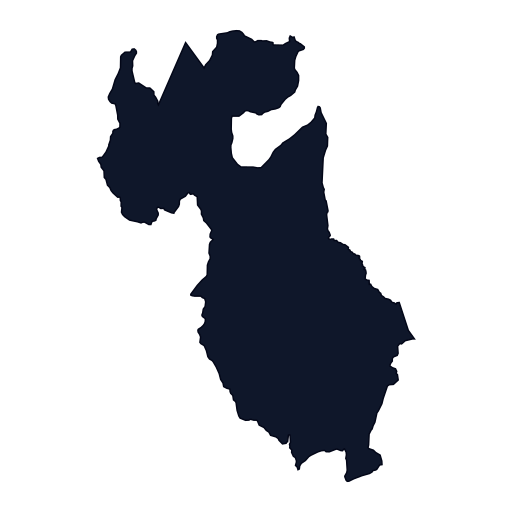 the district of San Ramon, Alajuela, Costa Rica
{"feature_id": "36466004B75539048151546", "entity_name": "San Ramon", "entity_type": "district", "adm_level": 2, "iso_a3": "CRI", "parent_name": "Costa Rica", "parent_adm1": "Alajuela", "projection": "robinson", "projection_center": [-84.596, 10.217], "detail": "fine", "context": "isolated", "style": "filled", "palette": "ink", "viewbox_px": 512, "rotation_deg": 0, "n_neighbors": 0, "source": "geoboundaries", "source_scale": "gbopen_adm2", "svg_char_len": 6035}
<svg xmlns="http://www.w3.org/2000/svg" viewBox="0 0 512 512"><path d="M399.2,302.5L396.9,302.8L396.2,303.9L395.4,303.9L394.5,303.0L391.9,302.3L390.5,300.2L388.5,299.2L384.9,298.4L383.7,297.0L381.4,295.5L380.7,293.3L379.3,292.3L377.7,289.5L374.1,288.4L371.8,286.5L370.6,284.2L369.3,284.4L369.1,280.4L366.8,280.1L365.1,278.8L365.5,275.0L366.1,273.3L365.9,271.5L365.5,269.9L364.1,269.5L364.1,269.0L364.9,268.3L364.9,267.6L363.9,267.4L363.6,266.5L362.3,265.9L362.6,265.0L362.0,263.5L362.3,261.4L360.5,260.4L360.2,259.3L359.0,258.2L359.1,257.4L359.7,257.1L359.4,256.0L358.3,255.5L355.7,255.2L354.7,253.9L353.5,254.0L352.3,252.3L350.5,251.5L349.9,250.1L348.2,249.2L348.4,247.3L344.9,244.7L343.2,244.6L340.4,242.7L338.2,242.4L336.6,240.5L334.3,240.6L333.6,239.0L331.4,239.0L330.3,239.5L328.5,238.6L328.5,237.6L330.2,235.6L330.2,235.1L329.1,232.2L327.9,230.6L327.4,228.8L327.9,225.6L326.6,214.7L327.1,212.3L327.8,211.9L328.0,210.7L326.1,200.9L325.2,200.1L323.7,192.2L324.2,189.3L323.3,187.6L322.0,182.9L323.2,157.8L325.5,150.2L327.4,146.0L327.7,137.4L325.8,134.1L326.3,123.4L321.1,112.7L320.2,107.9L319.4,106.8L318.1,106.5L317.5,107.6L316.4,111.9L315.1,115.2L314.8,117.9L311.1,122.3L307.6,125.1L302.5,127.2L294.7,134.8L289.4,139.0L282.9,142.9L281.0,145.3L275.4,149.4L273.2,152.3L270.9,157.0L269.0,159.7L261.1,167.7L257.6,167.9L253.2,167.1L241.0,167.0L237.4,164.3L232.3,157.7L231.3,153.3L230.8,147.4L230.9,144.9L231.8,142.8L232.8,138.5L232.8,136.0L231.6,132.4L231.2,129.2L231.4,118.3L232.1,116.1L239.0,116.1L243.6,112.6L244.7,111.2L246.1,110.6L248.3,110.7L250.3,111.7L255.9,112.9L256.8,113.9L258.8,114.8L261.7,114.6L262.6,113.5L264.6,112.1L267.9,111.3L271.1,109.6L275.3,108.9L278.7,107.7L280.1,106.6L280.9,104.5L285.2,99.2L287.8,97.0L290.7,95.4L294.7,92.0L295.3,89.9L297.5,86.2L298.6,80.5L298.6,75.5L297.0,72.3L294.9,69.7L294.3,68.2L294.7,60.3L295.8,56.5L298.1,51.5L298.9,50.9L303.3,49.4L304.3,48.2L304.3,46.9L300.3,43.7L299.3,43.5L298.4,42.5L296.0,41.4L295.0,39.9L294.1,37.0L292.6,37.4L290.2,36.0L289.3,38.1L289.6,41.6L285.4,43.6L283.1,45.2L273.4,45.0L273.0,44.5L273.0,42.8L272.4,42.4L269.9,42.0L266.6,40.8L262.5,41.0L261.2,40.6L257.8,40.6L255.6,41.8L254.3,42.0L251.6,39.3L244.3,35.8L243.7,34.5L241.9,32.4L239.4,30.9L236.4,30.7L232.5,31.1L229.6,31.8L227.5,32.8L218.8,34.1L217.6,34.7L216.7,36.6L216.7,38.3L217.5,39.9L217.5,43.3L216.7,47.2L212.7,51.6L212.4,55.1L210.5,58.9L209.6,60.6L205.7,64.8L204.1,68.0L185.6,42.6L158.4,105.0L157.7,103.9L157.8,101.3L155.6,97.2L153.9,95.1L153.8,91.7L150.3,88.4L149.8,88.0L146.3,88.0L138.7,83.0L135.5,83.5L134.7,82.4L132.0,71.0L132.0,68.4L132.7,65.9L132.5,60.7L134.8,55.6L136.4,53.2L136.4,51.6L135.7,50.2L134.2,48.9L132.2,49.2L130.5,52.1L125.0,52.2L121.4,55.3L120.7,56.8L120.5,67.8L118.3,73.5L115.2,79.6L112.4,89.1L109.8,93.5L108.3,97.0L108.6,99.3L110.1,101.6L111.7,103.1L115.1,103.8L115.9,105.7L117.7,115.1L117.8,119.1L120.0,123.3L119.9,127.1L119.1,128.0L116.5,129.3L114.5,129.6L113.5,130.2L112.9,131.4L112.9,133.3L110.6,136.6L110.4,140.2L108.8,144.8L108.8,146.0L106.0,152.1L102.5,156.9L101.7,157.4L99.6,157.4L97.6,158.4L98.7,161.3L100.9,164.4L101.2,167.2L104.0,170.8L104.3,177.5L106.0,179.4L107.5,185.2L109.8,187.5L111.1,190.5L113.0,192.9L117.7,197.2L119.7,197.1L120.2,197.6L120.4,200.6L121.2,201.8L121.1,206.2L122.0,207.4L121.5,212.2L122.6,214.5L124.7,216.7L129.6,220.1L137.6,221.8L141.0,222.9L142.7,222.2L144.5,222.1L148.8,224.5L150.9,224.5L151.6,222.4L152.4,221.3L154.5,220.9L155.8,220.3L156.2,218.6L158.2,215.0L158.2,213.1L156.7,209.8L156.7,208.7L157.5,207.3L158.6,207.2L160.8,208.5L163.8,208.3L164.5,209.8L165.3,210.2L171.5,212.8L173.8,213.2L173.8,212.8L178.5,206.5L179.3,204.2L179.4,200.9L180.3,199.1L185.4,196.2L187.9,192.9L189.5,192.6L189.9,193.8L190.5,194.3L193.4,193.8L194.5,195.1L197.2,196.7L197.6,205.0L201.1,209.7L201.5,211.7L201.4,214.1L203.3,217.8L203.8,220.6L206.4,222.9L211.7,229.8L211.7,230.6L210.2,234.1L210.0,236.9L210.6,237.8L213.0,239.2L213.0,239.7L210.3,242.3L209.5,244.5L209.0,253.1L210.2,256.1L210.2,258.7L208.5,261.8L207.4,265.2L207.2,274.9L206.3,276.5L202.2,280.0L197.3,285.4L190.8,294.2L190.8,295.1L192.1,295.7L194.6,296.1L200.8,296.1L202.4,297.6L204.7,298.5L205.7,301.8L205.1,306.6L203.3,309.1L202.7,313.0L202.0,314.7L202.0,315.7L202.6,316.6L205.3,318.6L205.3,321.3L204.6,323.5L203.3,325.4L201.1,327.5L198.4,329.2L197.9,330.1L198.1,332.0L199.7,334.5L200.6,337.0L199.9,342.3L200.9,343.6L204.2,345.6L206.4,350.6L207.9,356.7L209.5,359.0L212.0,360.4L213.1,361.6L216.2,366.9L219.2,373.6L220.7,379.5L223.0,383.0L223.7,386.6L226.7,388.2L229.9,389.1L230.1,391.6L230.8,393.4L232.8,395.4L233.5,399.9L235.5,401.5L236.1,402.8L237.1,410.4L238.8,415.9L240.1,418.1L245.5,420.3L249.0,420.1L249.9,419.4L251.0,419.4L253.9,420.2L256.4,420.2L257.4,420.7L259.2,425.1L264.0,427.5L266.3,430.4L268.9,432.1L270.6,435.3L276.0,436.9L278.2,438.5L279.0,440.3L282.5,443.9L286.1,443.3L286.4,442.2L287.6,441.8L288.4,435.1L289.5,434.8L290.0,435.1L290.5,442.3L289.5,444.3L289.9,446.2L289.7,447.8L291.8,450.0L291.6,452.4L293.4,456.3L295.3,457.5L296.4,460.7L296.4,462.2L295.5,465.4L297.2,467.1L298.0,469.7L299.3,469.0L299.7,465.9L301.3,463.3L305.4,460.5L308.8,456.6L310.8,455.3L317.8,451.9L321.5,450.7L324.6,450.4L326.1,451.7L329.3,451.8L336.2,449.1L337.4,449.2L340.9,450.6L342.6,450.7L343.5,449.3L344.5,448.9L346.2,452.3L346.4,454.9L345.8,458.4L346.6,460.3L347.2,470.2L346.7,472.7L344.9,475.9L344.8,476.7L346.1,480.2L347.2,481.3L348.9,481.2L353.7,478.8L362.1,475.6L369.5,473.5L372.0,472.0L372.9,470.6L375.7,470.0L376.8,469.3L379.6,465.0L382.0,464.6L381.8,461.0L380.1,455.1L375.7,452.5L373.4,450.2L368.8,448.6L368.0,447.5L368.6,445.1L369.1,434.1L371.1,430.1L372.1,429.0L373.1,425.7L374.9,422.2L376.9,412.9L378.3,410.9L381.9,403.7L383.2,398.4L387.4,386.0L389.3,384.7L393.4,384.4L398.2,380.0L397.4,374.5L396.1,373.5L396.7,371.4L395.5,368.8L392.4,367.7L389.9,366.0L390.0,364.8L390.9,362.9L392.3,361.1L392.3,358.8L392.9,357.5L393.9,356.7L397.2,355.4L398.1,353.3L397.6,346.2L399.7,343.6L401.6,343.9L405.2,340.7L412.6,338.9L414.4,338.9L408.3,330.4L399.2,302.5Z" fill="#0f172a" stroke="#020617" stroke-width="1.5"/></svg>